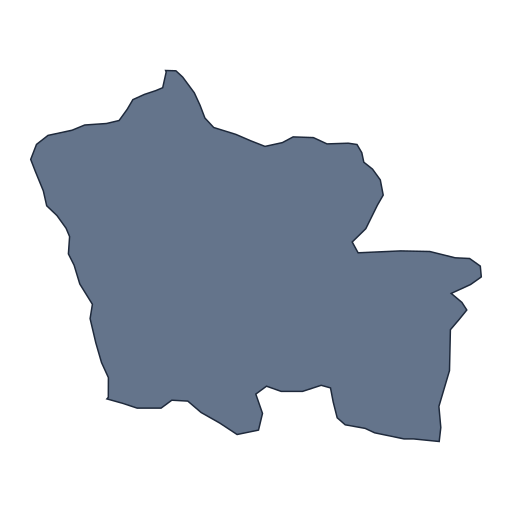 the district of Årjäng, Värmland, Sweden
{"feature_id": "70781695B60576309350500", "entity_name": "Årjäng", "entity_type": "district", "adm_level": 2, "iso_a3": "SWE", "parent_name": "Sweden", "parent_adm1": "Värmland", "projection": "natural_earth1", "projection_center": [12.122, 59.449], "detail": "fine", "context": "isolated", "style": "filled", "palette": "slate", "viewbox_px": 512, "rotation_deg": 0, "n_neighbors": 0, "source": "geoboundaries", "source_scale": "gbopen_adm2", "svg_char_len": 1270}
<svg xmlns="http://www.w3.org/2000/svg" viewBox="0 0 512 512"><path d="M439.2,441.5L440.8,427.5L438.9,406.4L449.5,370.6L450.4,329.7L459.1,319.5L466.8,310.0L461.9,302.4L451.2,293.4L470.6,284.5L476.0,280.7L481.3,276.9L480.3,266.1L469.6,258.5L455.1,257.8L429.8,251.5L400.7,250.9L358.1,252.8L352.2,242.0L365.8,228.7L377.4,205.2L383.2,195.1L380.3,179.9L372.5,169.1L363.8,162.2L361.8,152.7L358.1,146.4L357.0,144.5L348.3,143.2L327.0,143.9L313.4,137.6L293.1,136.9L282.4,142.6L265.0,146.4L250.5,140.7L235.9,134.4L213.7,127.5L204.9,118.0L200.1,105.4L194.3,92.8L182.7,77.1L175.9,70.8L165.6,70.5L166.2,72.0L162.7,87.7L155.8,90.6L144.4,94.4L132.9,99.6L127.2,109.3L119.1,120.5L106.5,123.5L84.7,125.0L72.1,130.2L48.0,135.4L36.5,144.4L30.7,159.4L35.3,171.3L43.3,190.8L46.7,205.8L57.0,215.6L66.1,228.3L69.6,236.6L68.4,253.9L74.1,265.2L79.8,284.0L92.4,304.3L90.1,318.6L95.8,342.8L101.5,362.5L108.4,377.6L108.3,397.3L106.9,398.9L121.1,402.9L121.6,403.0L137.1,408.1L161.1,408.1L171.8,400.2L187.8,401.1L201.1,412.5L219.8,423.1L237.1,434.5L258.5,430.1L262.5,413.4L255.8,394.1L266.5,386.2L281.2,391.4L302.5,391.4L321.2,385.3L330.5,387.9L333.2,402.0L337.2,417.8L345.2,424.8L365.2,428.4L374.6,432.8L403.9,438.9L413.3,438.9L439.2,441.5Z" fill="#64748b" stroke="#1e293b" stroke-width="1.5"/></svg>